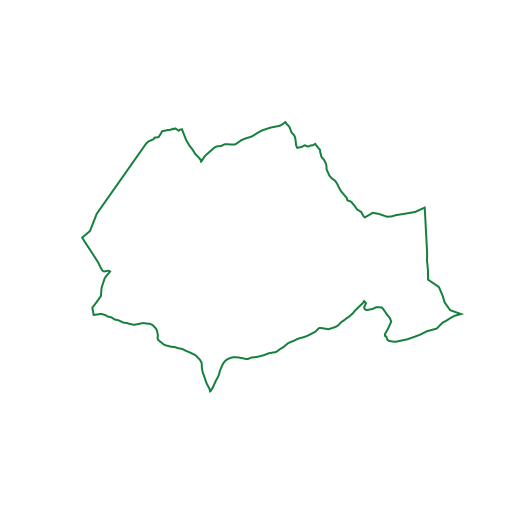 outline of Ohimini, Benue, Nigeria, rotated 149°
{"feature_id": "59680162B2835516393243", "entity_name": "Ohimini", "entity_type": "district", "adm_level": 2, "iso_a3": "NGA", "parent_name": "Nigeria", "parent_adm1": "Benue", "projection": "orthographic", "projection_center": [7.932, 7.257], "detail": "fine", "context": "isolated", "style": "outline", "palette": "green", "viewbox_px": 512, "rotation_deg": 149, "n_neighbors": 0, "source": "geoboundaries", "source_scale": "gbopen_adm2", "svg_char_len": 4266}
<svg xmlns="http://www.w3.org/2000/svg" viewBox="0 0 512 512"><g transform="rotate(149 256 256)"><path d="M119.2,220.0L123.4,222.1L129.1,228.9L133.7,232.9L142.8,233.0L143.3,234.6L143.3,236.9L143.3,238.5L143.1,239.4L144.0,241.2L145.2,243.4L145.4,244.2L145.6,247.5L145.9,249.8L146.3,252.2L146.7,253.8L146.9,254.3L147.8,255.1L148.3,255.7L149.0,257.0L148.8,257.4L148.6,258.1L148.3,258.7L148.6,260.8L149.3,264.9L149.5,266.4L149.7,267.3L149.7,269.7L149.6,272.5L149.4,274.3L149.3,275.5L149.3,277.7L149.4,278.8L149.5,279.9L151.2,283.9L151.7,287.0L151.2,291.2L150.9,293.3L150.8,294.1L149.5,296.4L148.7,298.2L148.3,300.7L148.2,302.5L148.3,303.9L148.8,306.6L148.6,308.2L147.8,310.6L147.5,312.0L146.6,313.7L146.6,314.4L146.9,316.3L147.2,318.8L147.5,320.5L147.5,321.6L150.2,321.6L152.0,322.5L154.1,322.8L155.6,323.4L157.0,325.7L160.7,326.0L164.9,327.4L164.8,328.7L164.6,330.2L163.4,332.8L162.1,335.7L161.3,338.2L161.2,340.3L161.8,342.7L161.8,344.4L161.2,347.4L160.9,349.4L161.2,351.3L161.8,353.5L161.8,355.6L165.6,355.3L167.7,355.3L169.1,355.6L171.1,356.3L177.2,358.5L179.2,359.0L184.2,360.1L187.2,360.6L190.8,360.7L197.4,360.6L199.9,361.0L203.7,362.0L206.4,362.5L209.0,362.8L215.0,362.4L216.5,362.5L217.6,362.9L220.5,364.8L223.8,367.1L225.4,367.9L227.3,368.1L228.6,368.1L230.1,368.6L232.2,369.8L234.7,370.4L236.7,370.2L240.4,369.5L244.3,368.8L247.4,368.2L249.2,367.6L253.0,365.7L254.4,365.2L254.3,365.7L254.3,366.0L254.0,366.6L253.7,367.2L254.0,367.4L254.2,368.5L254.3,369.7L254.7,371.6L255.6,375.0L255.5,377.0L255.7,381.2L256.2,384.5L256.2,390.9L254.5,401.2L254.1,402.6L255.8,403.4L257.7,403.2L258.8,405.6L259.4,406.9L261.0,407.0L261.6,407.9L264.0,408.1L266.2,409.1L267.7,409.8L269.4,410.3L272.2,411.3L275.0,409.7L278.0,408.2L280.1,408.7L281.8,409.7L283.7,408.9L289.2,409.6L292.4,408.9L370.8,374.2L377.5,369.0L385.5,362.9L395.5,361.3L395.5,356.7L395.1,347.9L394.6,331.7L395.2,325.5L395.2,323.1L394.8,321.7L393.8,320.8L390.6,319.7L389.5,318.8L389.1,317.8L393.4,316.4L396.2,315.3L397.7,314.4L403.8,309.1L405.3,307.6L409.0,302.3L410.0,301.3L417.8,298.0L422.9,296.0L425.5,289.1L421.0,287.1L418.7,286.3L415.5,282.9L414.6,281.0L413.8,280.0L411.7,278.1L410.8,276.5L410.1,274.7L408.5,273.1L406.9,271.6L405.7,269.8L404.1,267.4L403.1,266.5L402.0,265.7L401.0,264.8L399.6,263.2L398.1,261.8L397.1,260.8L396.1,260.0L395.2,259.5L391.5,258.2L387.9,256.9L386.9,256.3L383.2,253.5L381.7,252.3L380.7,250.8L380.1,249.8L379.5,247.1L379.1,245.2L379.3,243.3L380.8,238.9L381.4,237.8L382.5,236.7L383.1,234.7L382.9,233.8L380.8,228.1L380.2,226.8L378.9,225.4L377.5,224.0L375.8,222.2L374.6,221.3L373.0,220.2L370.6,217.5L369.2,216.1L367.6,214.8L366.6,213.6L365.4,211.5L362.4,207.4L360.2,204.0L359.1,202.4L358.7,201.1L358.2,198.9L357.5,195.9L357.6,192.6L358.4,190.9L360.2,187.6L361.6,183.8L362.3,180.0L363.7,173.5L364.0,171.4L364.2,168.0L364.2,166.6L364.4,165.6L365.0,163.7L364.1,163.8L360.8,165.5L355.5,169.2L354.1,170.1L351.8,171.4L351.0,171.8L348.5,173.7L346.7,175.6L345.9,176.3L341.0,179.9L338.8,181.1L336.2,182.0L334.5,182.2L332.5,182.1L330.0,181.7L326.9,180.6L322.8,177.7L317.3,172.6L316.0,171.9L312.2,171.3L307.2,169.0L302.7,167.6L300.1,166.9L295.3,166.1L291.7,164.7L289.2,163.7L287.8,163.4L286.5,163.5L283.4,163.8L279.0,163.8L277.0,164.2L273.5,164.7L271.3,164.5L268.2,164.0L266.4,163.7L263.5,163.6L260.8,163.0L257.5,162.0L254.2,161.3L251.6,161.0L245.6,160.6L243.4,160.7L239.9,161.6L238.7,161.6L238.0,161.3L236.6,160.2L232.0,156.2L231.5,155.8L229.7,155.5L227.1,154.8L223.8,154.2L222.0,154.2L219.9,154.5L218.2,155.1L216.3,155.5L214.5,155.5L212.3,155.7L210.3,156.0L208.3,156.0L206.3,156.3L202.2,157.1L199.9,158.0L196.0,159.0L191.4,160.0L188.1,160.8L186.6,161.6L186.0,159.0L187.6,157.8L189.7,156.4L190.2,154.4L189.0,152.6L183.4,150.6L179.1,150.1L174.8,147.2L174.3,145.1L173.8,137.8L173.2,133.8L173.9,130.1L180.1,125.8L185.7,122.6L186.5,121.1L185.9,119.9L186.5,116.5L185.7,114.7L183.1,112.4L180.4,110.5L177.7,109.6L169.4,106.7L161.7,105.1L155.6,104.0L148.4,103.5L138.4,100.7L134.2,101.8L130.1,102.8L126.4,102.5L123.4,102.6L121.1,102.7L116.6,102.5L110.2,100.7L117.5,109.6L118.2,119.1L116.5,125.8L115.2,135.2L120.7,147.1L116.4,154.4L113.8,159.7L112.0,163.6L107.9,170.2L89.3,205.2L88.1,207.5L86.5,210.6L97.0,211.8L108.0,216.1L115.1,219.0L119.2,220.0Z" fill="none" stroke="#15803d" stroke-width="2"/></g></svg>